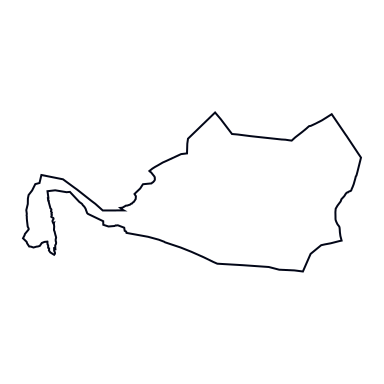 outline of Mitontic, Chiapas, Mexico
{"feature_id": "50627088B9459318195233", "entity_name": "Mitontic", "entity_type": "district", "adm_level": 2, "iso_a3": "MEX", "parent_name": "Mexico", "parent_adm1": "Chiapas", "projection": "natural_earth1", "projection_center": [-92.592, 16.876], "detail": "fine", "context": "isolated", "style": "outline", "palette": "ink", "viewbox_px": 384, "rotation_deg": 0, "n_neighbors": 0, "source": "geoboundaries", "source_scale": "gbopen_adm2", "svg_char_len": 3706}
<svg xmlns="http://www.w3.org/2000/svg" viewBox="0 0 384 384"><path d="M32.1,190.5L28.6,195.0L27.9,198.5L27.8,204.0L26.3,210.1L26.8,213.8L26.6,215.7L26.8,216.2L26.8,218.2L27.0,220.6L27.7,226.6L28.6,228.4L28.7,229.2L28.3,229.9L24.9,234.0L24.6,235.2L23.0,238.3L26.6,241.8L27.1,243.3L28.4,245.3L29.2,246.5L30.8,246.6L33.5,247.5L36.7,246.6L37.9,246.5L39.8,245.9L41.8,243.0L44.5,241.9L47.4,241.6L47.5,241.9L47.4,242.7L47.6,244.5L48.1,245.2L48.2,246.0L48.1,247.4L48.4,248.1L49.1,248.4L49.1,249.5L48.9,250.4L50.3,252.4L54.1,254.8L54.9,253.8L55.0,253.1L54.9,252.8L54.9,252.4L54.7,251.9L54.5,251.6L54.4,251.3L54.2,250.9L54.1,250.1L54.2,249.9L54.2,249.1L54.1,248.7L54.2,247.2L54.7,248.3L55.1,249.4L55.5,250.2L55.3,248.3L55.2,245.3L55.9,244.1L56.1,243.2L56.1,242.6L56.1,242.1L55.8,241.3L55.7,241.0L55.7,240.0L55.7,239.1L56.0,238.2L56.1,237.4L55.9,236.7L55.8,236.2L55.4,234.9L54.8,232.5L54.7,231.9L54.5,231.4L54.3,230.9L54.1,230.5L54.0,230.0L54.0,229.3L54.1,228.0L54.2,226.5L54.1,225.8L54.0,224.8L53.9,224.0L53.9,223.3L54.0,222.9L53.3,223.3L53.2,223.1L52.5,221.4L52.5,221.0L52.6,220.5L52.8,220.1L53.4,219.2L53.5,218.8L53.5,218.4L53.3,218.0L51.4,217.0L51.3,216.7L51.3,216.4L51.8,215.3L51.9,215.0L51.9,214.8L51.5,214.2L51.4,214.1L51.4,213.8L51.6,213.4L51.8,213.1L51.9,212.6L51.6,212.1L51.1,211.7L51.0,211.4L51.0,211.0L51.4,210.0L51.4,209.6L51.2,209.1L50.7,208.6L50.4,208.2L50.3,207.8L50.1,207.0L48.9,202.6L48.7,200.6L48.2,200.6L47.9,198.0L48.4,197.9L47.5,191.2L55.2,190.3L66.6,192.2L69.9,191.9L79.3,201.9L81.5,203.5L82.2,204.1L82.9,205.3L83.5,205.8L84.2,206.6L84.6,207.1L85.5,208.6L85.9,209.6L86.1,210.4L86.4,211.1L86.6,211.5L86.8,212.2L87.1,213.0L87.7,213.7L88.4,214.1L103.2,221.2L103.3,224.8L108.5,226.5L114.5,226.0L115.7,225.4L116.5,225.5L117.2,225.3L117.8,225.3L118.4,225.5L124.2,227.7L124.7,230.8L126.2,231.6L126.5,232.9L148.1,236.8L158.8,239.7L163.0,241.3L164.1,241.7L165.0,242.3L180.6,247.5L191.4,251.8L204.0,257.4L213.2,261.9L217.3,263.7L243.0,265.2L268.8,267.0L279.2,269.7L294.4,270.4L302.9,271.5L310.6,253.9L321.2,245.2L324.8,244.4L330.7,243.3L338.9,241.2L341.6,240.6L340.4,236.0L339.9,232.3L339.7,229.0L339.5,227.4L339.2,226.5L338.7,225.9L338.4,225.4L338.0,225.0L337.5,224.3L337.1,223.5L336.2,221.6L335.9,220.7L335.6,219.9L335.5,218.6L335.5,217.2L335.4,212.1L335.7,208.7L337.5,205.6L340.6,201.5L341.1,200.3L341.3,199.4L341.9,198.7L342.5,198.1L342.6,197.9L343.6,196.9L344.6,195.7L344.9,195.2L345.3,194.4L345.5,194.1L346.0,193.6L346.1,193.3L346.8,192.7L347.1,192.5L347.4,192.4L347.7,192.4L347.9,192.4L348.2,192.0L349.1,191.5L350.1,191.1L350.3,191.1L351.1,190.6L351.4,189.9L351.6,189.4L351.7,189.0L351.9,188.6L352.1,188.1L352.5,187.3L353.7,184.2L355.2,178.9L355.5,177.7L355.8,176.4L356.4,175.7L357.3,172.4L361.0,157.6L358.2,153.5L346.2,135.4L346.0,135.2L331.7,114.2L327.3,117.0L321.7,120.5L315.0,123.9L310.7,125.9L309.2,126.1L307.4,127.6L306.8,128.2L301.8,132.3L297.9,135.3L295.2,137.4L291.7,140.6L289.3,140.3L285.3,139.7L281.7,139.5L279.8,139.3L275.2,138.8L256.5,136.8L250.2,136.1L237.7,134.5L232.0,134.0L221.3,119.9L221.2,119.7L215.1,112.5L188.0,138.7L187.3,143.7L187.0,153.4L181.1,154.1L166.2,161.0L162.8,162.5L158.0,165.3L155.1,166.9L152.4,168.6L149.4,171.0L150.1,171.7L151.1,172.4L154.0,176.0L154.4,176.5L154.8,177.4L154.7,178.0L154.9,178.9L154.8,179.9L154.3,180.8L153.6,181.6L153.1,182.2L152.4,182.5L151.5,183.4L143.2,184.2L142.9,184.3L140.2,188.5L135.9,192.6L134.5,194.0L135.9,196.2L135.7,199.0L133.9,201.8L132.7,202.6L132.0,203.5L131.0,203.8L130.1,204.6L127.1,205.6L126.0,205.6L122.9,207.4L122.2,207.7L120.4,207.9L122.8,209.9L123.7,210.4L102.8,210.5L95.3,203.8L91.3,200.8L77.1,189.6L73.9,187.3L63.0,179.3L41.4,175.0L39.5,183.0L35.3,184.1L32.1,190.5Z" fill="none" stroke="#020617" stroke-width="2"/></svg>